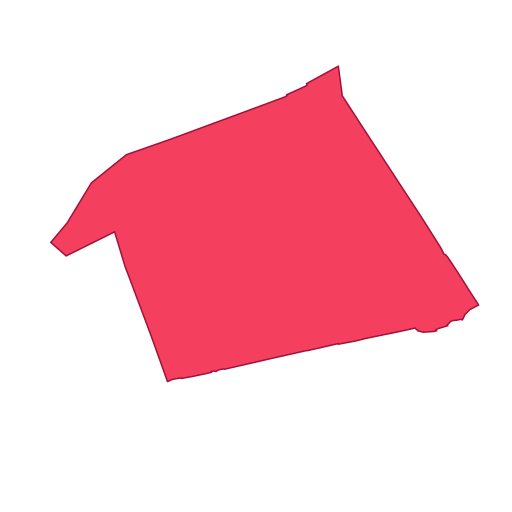 outline of Sofronea, Arad, Romania, rotated 334°
{"feature_id": "2599482B86430768940785", "entity_name": "Sofronea", "entity_type": "district", "adm_level": 2, "iso_a3": "ROU", "parent_name": "Romania", "parent_adm1": "Arad", "projection": "mercator", "projection_center": [21.295, 46.27], "detail": "fine", "context": "isolated", "style": "filled", "palette": "rose", "viewbox_px": 512, "rotation_deg": 334, "n_neighbors": 0, "source": "geoboundaries", "source_scale": "gbopen_adm2", "svg_char_len": 1271}
<svg xmlns="http://www.w3.org/2000/svg" viewBox="0 0 512 512"><g transform="rotate(334 256 256)"><path d="M434.5,397.7L434.5,396.5L433.0,384.5L430.1,358.4L429.8,356.5L429.0,350.1L427.8,341.2L427.0,338.0L425.7,336.7L425.8,330.7L422.7,302.3L421.2,289.5L417.1,257.2L413.2,225.9L412.0,216.2L410.7,206.4L409.8,198.9L407.6,181.3L403.8,149.8L413.2,121.6L412.7,121.5L377.0,123.2L376.9,124.7L376.3,125.1L354.3,124.5L354.4,125.6L350.9,125.6L342.8,124.8L229.7,113.5L184.0,108.1L140.1,118.1L100.9,143.4L86.1,150.0L77.5,153.8L79.0,157.5L85.4,172.7L139.5,172.3L133.7,208.1L132.4,222.6L126.7,282.1L125.1,296.7L122.1,324.0L121.4,330.0L121.6,330.1L124.0,330.2L127.0,330.3L129.8,331.1L132.4,331.9L135.0,332.7L135.2,333.3L146.7,336.6L149.6,337.3L155.5,338.8L161.2,340.2L162.4,340.5L165.0,341.0L165.2,340.2L167.8,340.9L169.3,342.3L172.3,341.9L177.1,343.2L177.8,343.9L223.9,354.6L259.0,362.9L260.7,363.6L291.6,370.8L291.4,371.4L308.5,376.1L317.5,378.0L322.8,379.3L351.6,386.7L367.3,390.5L368.8,394.3L372.9,397.8L382.9,401.9L385.5,402.4L385.4,401.1L388.4,401.2L397.7,402.7L397.7,401.9L400.7,400.7L402.6,400.0L405.1,400.5L407.9,401.6L412.0,402.6L413.6,403.9L418.1,400.3L421.4,399.1L424.7,397.9L428.6,397.8L432.6,397.7L434.5,397.7Z" fill="#f43f5e" stroke="#9f1239" stroke-width="1.5"/></g></svg>